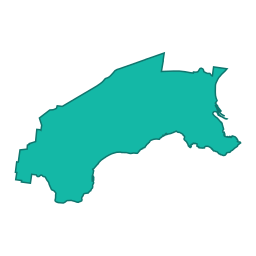 outline of Hobsons Bay, Victoria, Australia
{"feature_id": "25037944B90171787297249", "entity_name": "Hobsons Bay", "entity_type": "district", "adm_level": 2, "iso_a3": "AUS", "parent_name": "Australia", "parent_adm1": "Victoria", "projection": "mercator", "projection_center": [144.848, -37.857], "detail": "fine", "context": "isolated", "style": "filled", "palette": "teal", "viewbox_px": 256, "rotation_deg": 0, "n_neighbors": 0, "source": "geoboundaries", "source_scale": "gbopen_adm2", "svg_char_len": 5832}
<svg xmlns="http://www.w3.org/2000/svg" viewBox="0 0 256 256"><path d="M119.7,68.7L117.1,69.5L115.0,70.7L112.9,73.2L110.5,75.8L109.5,76.7L107.9,77.7L105.8,78.4L105.1,78.8L103.3,81.0L102.1,82.2L100.2,83.7L96.7,86.1L62.3,106.4L57.2,105.8L56.5,108.2L55.8,108.7L53.9,109.5L52.7,109.8L49.8,110.0L39.4,118.0L41.7,125.3L40.9,130.3L39.9,129.7L36.8,129.4L35.6,141.6L29.2,143.6L29.0,143.9L29.3,144.4L27.4,145.1L27.1,149.1L20.0,149.9L18.3,162.0L18.0,162.1L16.7,161.9L15.4,172.3L16.8,172.5L15.7,179.7L21.6,180.5L21.4,182.0L30.4,183.2L31.7,174.3L36.3,174.9L37.1,176.3L37.8,176.6L39.1,176.5L39.9,175.8L39.9,175.7L40.9,175.1L41.2,175.1L41.8,175.2L42.4,175.7L42.8,176.2L43.6,176.6L44.7,176.7L45.4,177.3L46.9,180.1L48.2,181.7L48.8,182.9L49.2,184.4L49.9,186.1L51.5,189.6L51.8,189.8L53.6,190.6L54.2,191.0L55.6,192.7L55.9,193.3L55.8,193.9L55.6,194.8L55.6,197.3L55.3,199.5L55.1,199.8L55.1,200.4L55.1,200.8L55.7,201.5L56.5,202.0L58.2,202.6L63.3,203.0L64.6,202.4L65.5,201.8L66.5,200.9L67.1,200.6L71.2,200.4L74.6,201.3L77.1,202.2L78.4,202.3L79.5,201.7L80.6,201.4L81.7,200.8L82.0,199.8L81.7,198.4L81.8,197.6L82.1,197.0L83.0,195.8L83.4,194.6L83.7,194.1L84.2,193.7L84.7,193.5L88.2,193.0L88.3,192.8L88.5,192.5L90.4,190.7L90.7,190.7L91.5,189.0L92.5,187.9L92.7,186.7L92.6,185.3L92.7,184.9L93.6,183.1L93.6,182.3L93.3,181.7L93.2,181.3L93.6,180.4L93.7,179.7L93.6,178.9L93.8,177.7L93.6,177.4L93.4,176.3L93.3,176.2L93.2,176.4L93.5,177.4L93.5,177.8L93.5,178.9L93.3,178.9L93.4,179.4L93.3,180.1L93.1,180.5L93.0,180.3L92.7,180.9L92.3,181.0L92.2,179.5L92.3,176.0L92.5,175.3L92.7,174.9L93.1,173.6L93.3,172.3L93.6,171.0L93.6,170.5L92.9,169.8L92.7,169.2L93.7,168.7L96.9,165.0L98.4,163.5L98.3,163.2L98.5,162.9L99.2,162.1L101.2,160.1L104.6,157.7L104.9,157.6L105.9,156.8L108.9,155.1L111.6,153.8L113.1,153.3L116.6,152.3L120.4,152.1L121.6,152.5L126.6,152.6L129.7,153.4L130.8,153.5L133.6,153.0L136.5,153.3L137.5,153.2L139.0,151.4L139.1,151.1L139.6,150.8L139.9,150.2L140.3,149.8L141.0,149.3L141.3,149.3L142.0,148.7L142.6,148.7L142.7,148.3L142.9,148.2L144.0,147.6L144.7,147.6L145.2,146.9L145.8,145.8L146.4,145.2L146.8,144.4L147.6,143.9L148.4,143.1L148.5,142.8L149.3,142.3L150.0,141.0L150.9,140.3L153.0,139.5L154.3,139.2L156.1,139.0L157.8,139.1L159.2,139.3L159.5,139.2L159.7,138.6L160.7,137.6L161.0,137.5L161.3,137.5L161.6,137.0L162.6,136.4L162.8,136.3L162.7,136.0L163.0,135.7L163.3,135.6L163.3,135.4L163.5,135.5L163.3,136.0L163.6,136.0L164.0,135.5L164.6,135.4L164.7,135.1L165.6,134.8L165.4,134.1L165.5,133.9L166.7,133.0L165.7,134.0L165.9,134.5L166.7,134.6L167.2,134.3L167.5,134.3L167.7,134.1L168.4,134.0L170.8,133.5L172.2,132.9L172.9,132.7L174.0,132.1L174.6,132.0L176.2,131.1L177.5,132.1L178.9,132.4L179.7,132.4L182.6,134.1L183.0,134.5L183.0,134.9L183.2,135.2L184.5,136.3L184.6,136.6L184.4,138.0L184.0,138.8L184.2,139.6L184.8,140.2L186.3,141.6L187.1,142.7L187.4,143.5L187.8,144.0L188.2,145.1L188.3,145.8L188.5,146.0L189.2,145.9L189.3,146.2L189.1,146.6L189.4,146.9L189.7,146.8L190.0,147.4L190.6,147.5L191.2,146.6L191.3,146.1L190.9,145.9L191.0,145.6L190.9,145.1L191.2,144.5L191.6,144.3L192.0,144.4L192.8,144.1L193.0,143.4L193.2,143.2L193.8,143.2L194.4,143.3L194.9,143.7L195.5,143.4L195.7,143.6L196.9,143.8L197.1,144.0L196.9,146.1L197.4,146.5L197.7,146.5L198.0,146.7L198.3,146.6L198.8,146.9L198.8,147.6L199.0,147.8L203.1,148.1L203.7,147.8L204.4,147.9L204.4,147.6L204.6,147.1L204.9,146.8L205.8,146.3L207.5,146.3L208.6,146.5L210.6,147.6L211.0,148.0L211.4,148.7L211.6,148.5L211.8,148.6L212.9,149.9L212.9,150.2L213.6,150.9L214.5,150.9L215.5,151.4L217.3,151.9L217.9,152.6L218.2,152.8L218.5,153.4L219.2,153.9L219.9,153.9L220.2,154.4L220.4,154.6L221.3,154.7L223.3,155.5L224.4,155.4L225.2,155.1L225.5,154.8L226.0,154.2L226.5,153.1L227.0,152.7L227.5,152.7L228.2,152.4L229.3,152.4L230.4,151.9L230.6,151.3L230.9,151.1L231.6,150.6L232.3,150.3L233.9,148.9L234.6,148.2L237.4,146.3L237.5,146.1L237.6,145.4L237.8,145.2L238.5,144.5L240.6,142.9L240.0,142.0L238.2,141.9L237.5,141.6L237.9,141.0L237.9,140.4L237.4,139.9L237.4,139.6L236.6,138.9L236.8,138.5L235.2,136.9L232.7,136.0L232.5,136.5L231.7,136.3L231.4,137.1L231.1,137.5L230.6,137.4L230.8,136.9L229.8,136.4L228.8,137.3L228.6,137.2L227.9,136.8L227.7,137.4L227.8,136.7L227.3,136.6L227.1,137.1L226.0,136.8L225.1,136.0L224.7,136.3L224.3,135.9L224.0,135.1L224.6,135.0L224.6,134.9L224.7,134.4L224.2,134.5L224.2,134.4L224.7,134.3L224.5,133.6L224.2,133.7L224.0,132.9L224.3,132.8L224.2,132.2L223.0,132.2L222.9,131.5L222.8,130.8L222.8,130.4L223.2,129.8L223.5,129.6L223.6,129.1L222.1,123.8L222.1,123.4L221.9,123.3L221.5,122.4L221.2,122.6L220.9,122.4L220.3,121.5L217.3,118.1L215.6,116.9L214.3,115.8L213.0,114.2L212.8,113.7L212.8,113.2L213.2,112.5L213.5,112.0L214.2,111.6L215.2,111.6L216.6,111.8L216.8,112.0L217.1,112.5L217.3,113.1L217.7,113.5L218.1,114.9L218.5,115.3L219.1,115.3L220.4,116.3L221.5,116.6L225.1,118.7L226.6,119.0L226.9,119.0L227.0,118.9L224.9,118.4L220.5,115.9L219.4,115.0L218.6,113.9L217.9,112.0L217.6,110.8L216.6,107.8L215.6,106.1L215.5,105.7L215.8,105.7L217.4,107.2L218.3,110.6L218.9,110.6L219.5,112.0L220.4,113.4L221.2,114.1L223.1,115.3L224.0,115.8L224.7,115.9L223.3,115.3L221.5,114.2L220.3,113.1L220.0,112.6L219.5,111.5L218.5,108.3L219.2,109.0L220.9,111.1L221.0,111.0L218.5,107.8L216.8,105.2L216.1,104.8L216.1,104.5L216.5,104.6L215.9,103.9L215.9,103.3L215.8,103.2L215.4,103.0L217.1,100.6L216.1,98.1L215.5,95.6L215.3,92.2L215.4,86.0L215.5,84.7L215.8,83.6L216.2,82.5L217.8,79.2L218.8,77.5L220.1,76.1L221.6,74.3L225.1,71.0L227.0,68.8L213.6,66.9L212.4,75.9L211.9,75.8L211.2,75.2L210.1,73.7L209.8,73.4L207.5,73.4L206.8,73.2L204.2,71.9L203.8,71.5L203.5,70.1L203.0,69.2L202.6,68.8L201.3,68.2L200.3,68.4L199.8,68.8L198.3,71.2L197.8,71.8L195.9,72.2L193.5,72.0L193.4,73.0L191.0,72.8L184.8,71.7L179.4,71.1L173.0,71.1L161.4,71.5L163.2,61.0L163.2,59.7L164.2,53.0L146.0,59.3L145.2,59.7L119.7,68.7Z" fill="#14b8a6" stroke="#0f766e" stroke-width="1.5"/></svg>